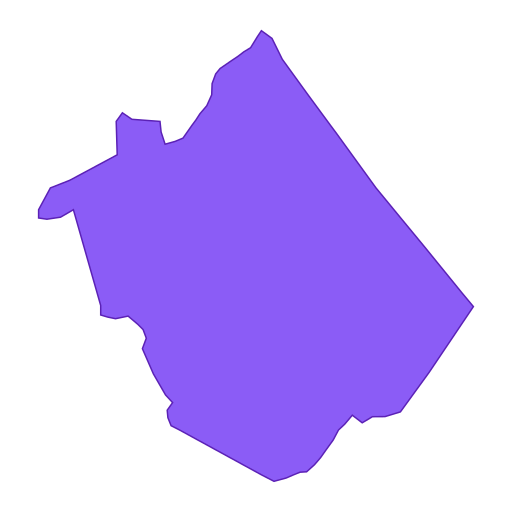 the district of Amaraji, Pernambuco, Brazil
{"feature_id": "56859067B36285576178604", "entity_name": "Amaraji", "entity_type": "district", "adm_level": 2, "iso_a3": "BRA", "parent_name": "Brazil", "parent_adm1": "Pernambuco", "projection": "mercator", "projection_center": [-35.48, -8.359], "detail": "fine", "context": "isolated", "style": "filled", "palette": "violet", "viewbox_px": 512, "rotation_deg": 0, "n_neighbors": 0, "source": "geoboundaries", "source_scale": "gbopen_adm2", "svg_char_len": 1022}
<svg xmlns="http://www.w3.org/2000/svg" viewBox="0 0 512 512"><path d="M272.0,38.4L261.4,30.7L257.5,36.5L250.6,47.7L244.0,51.7L238.0,56.3L230.4,61.4L220.1,68.5L215.7,73.9L212.1,83.6L211.7,94.8L206.8,105.7L199.9,113.8L195.9,120.0L191.9,125.4L183.0,138.1L175.1,141.4L165.1,144.2L161.1,132.0L160.0,121.4L131.9,119.3L122.4,112.8L116.2,121.4L117.2,154.8L69.7,180.3L50.4,187.9L38.6,209.7L38.6,218.0L46.9,219.2L60.5,217.2L73.4,209.7L100.7,305.5L100.7,315.0L107.8,317.1L115.5,318.7L128.1,316.1L137.8,324.3L143.1,329.6L146.3,338.2L142.4,348.7L153.4,373.9L165.5,394.9L172.6,402.6L167.2,410.2L167.9,417.7L171.1,425.7L178.6,429.5L261.4,474.8L274.0,481.3L286.2,478.0L293.6,474.8L300.0,472.2L306.6,471.8L314.5,464.7L320.6,457.6L325.9,450.1L333.2,440.0L338.5,430.0L344.7,424.2L352.3,415.2L362.2,422.8L372.4,416.7L385.0,416.6L400.4,411.9L429.1,372.4L473.4,306.6L461.9,292.8L424.1,246.3L401.4,218.8L375.9,187.8L336.2,133.0L330.3,125.1L308.0,94.8L300.9,85.0L282.3,59.3L272.0,38.4Z" fill="#8b5cf6" stroke="#5b21b6" stroke-width="1.5"/></svg>